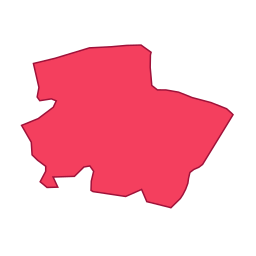 South Gloucestershire, Robinson projection, rotated 175°
{"feature_id": "GBR-2046", "entity_name": "South Gloucestershire", "entity_type": "Unitary Authority", "adm_level": 1, "iso_a3": "GBR", "parent_name": "United Kingdom", "parent_adm1": "", "projection": "robinson", "projection_center": [-2.446, 51.538], "detail": "fine", "context": "isolated", "style": "filled", "palette": "rose", "viewbox_px": 256, "rotation_deg": 175, "n_neighbors": 0, "source": "natural_earth", "source_scale": "10m", "svg_char_len": 818}
<svg xmlns="http://www.w3.org/2000/svg" viewBox="0 0 256 256"><g transform="rotate(175 128 128)"><path d="M22.2,132.1L56.9,85.2L60.9,82.7L66.0,81.0L70.2,78.3L72.0,72.8L73.2,67.7L75.9,62.0L79.1,56.9L82.0,53.2L92.2,44.8L93.9,45.5L115.7,53.0L119.8,65.6L136.3,60.0L168.4,67.7L170.3,69.1L169.2,78.3L166.0,87.9L169.3,93.5L175.3,93.0L185.6,84.5L206.9,85.7L203.1,75.2L213.8,75.8L220.2,82.1L213.8,92.0L213.3,97.0L220.9,103.8L225.9,109.6L225.6,122.3L233.8,139.9L216.6,145.2L200.6,155.2L197.1,161.3L201.8,163.7L213.5,162.9L215.8,166.8L213.2,176.2L216.6,200.5L194.7,203.8L159.4,211.2L137.8,210.4L122.2,210.4L107.8,209.5L98.4,201.4L99.3,198.8L100.6,186.5L100.6,174.9L100.6,168.3L95.4,163.4L86.9,162.6L74.5,159.3L61.4,152.7L43.1,146.1L28.1,138.6L23.6,133.8L22.2,132.1Z" fill="#f43f5e" stroke="#9f1239" stroke-width="1.5"/></g></svg>